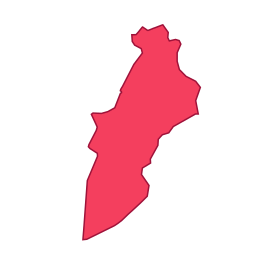 outline of Gao, Gao, Mali, rotated 159°
{"feature_id": "8926073B84061132695750", "entity_name": "Gao", "entity_type": "district", "adm_level": 2, "iso_a3": "MLI", "parent_name": "Mali", "parent_adm1": "Gao", "projection": "mercator", "projection_center": [-0.018, 16.371], "detail": "fine", "context": "isolated", "style": "filled", "palette": "rose", "viewbox_px": 256, "rotation_deg": 159, "n_neighbors": 0, "source": "geoboundaries", "source_scale": "gbopen_adm2", "svg_char_len": 1327}
<svg xmlns="http://www.w3.org/2000/svg" viewBox="0 0 256 256"><g transform="rotate(159 128 128)"><path d="M184.8,93.5L205.3,49.9L210.1,39.9L206.3,38.9L175.6,41.7L171.6,42.6L166.9,44.0L158.9,47.4L153.4,49.5L143.4,53.5L134.5,57.4L129.0,66.8L132.1,79.7L128.9,85.5L119.5,87.2L118.3,91.0L106.3,101.1L103.8,106.6L101.0,108.1L98.3,109.4L91.7,108.9L85.1,113.2L84.8,113.2L60.0,116.9L57.4,115.9L55.0,129.3L45.9,140.0L48.1,147.4L55.3,155.4L59.1,164.1L58.2,172.7L55.1,180.7L48.6,187.4L48.9,191.3L51.9,193.6L58.2,194.5L58.5,198.1L56.2,202.8L58.5,211.8L59.0,211.9L59.7,211.9L61.5,211.9L63.2,211.9L65.1,211.9L66.6,211.9L67.7,211.9L68.6,212.0L70.4,211.9L71.9,211.9L73.5,211.9L74.1,211.9L74.5,212.0L75.1,212.6L75.7,213.5L76.1,214.1L77.1,215.5L77.7,216.4L77.8,216.5L78.1,217.0L78.3,217.1L78.9,216.8L80.3,216.0L81.7,215.2L82.2,214.9L82.7,214.6L83.3,214.2L83.9,213.9L84.8,213.4L85.8,212.9L86.2,212.7L86.5,212.5L86.8,212.4L87.1,212.3L87.4,212.4L89.1,213.0L90.3,213.4L91.0,213.7L93.0,207.3L92.1,203.0L87.2,197.4L87.7,192.8L99.7,185.3L118.3,168.7L119.4,167.9L120.9,166.7L121.8,165.5L121.1,164.4L121.4,163.3L122.7,163.0L133.1,151.6L140.9,150.5L147.5,151.1L155.4,154.5L157.3,153.9L156.6,143.8L156.4,139.9L158.5,137.1L170.4,126.5L171.7,124.7L170.8,122.4L165.7,115.4L166.6,112.5L184.8,93.5Z" fill="#f43f5e" stroke="#9f1239" stroke-width="1.5"/></g></svg>